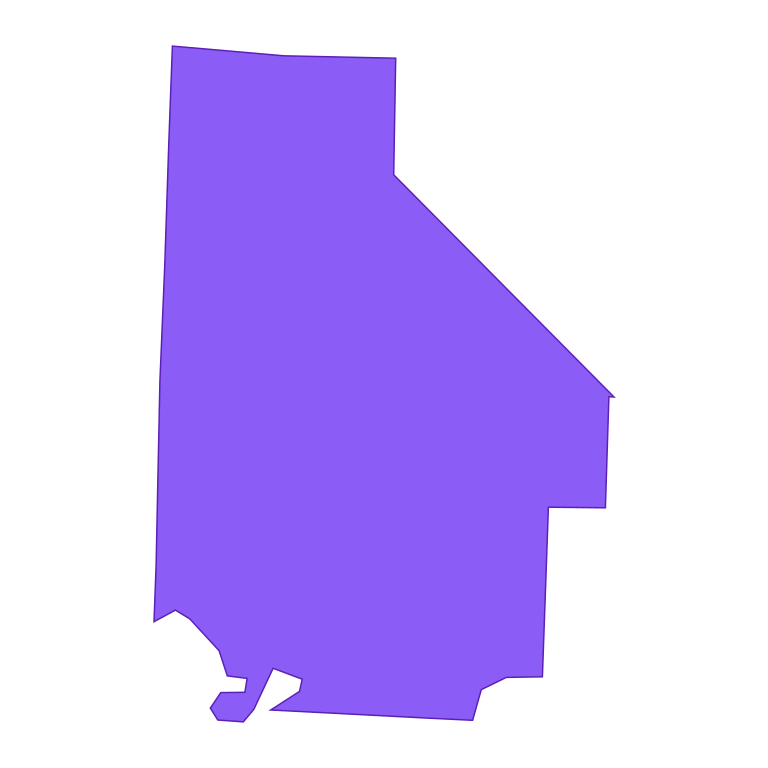 the district of Morgan, Missouri, United States of America
{"feature_id": "52423323B53823188034237", "entity_name": "Morgan", "entity_type": "district", "adm_level": 2, "iso_a3": "USA", "parent_name": "United States of America", "parent_adm1": "Missouri", "projection": "equal_earth", "projection_center": [-92.922, 38.441], "detail": "fine", "context": "isolated", "style": "filled", "palette": "violet", "viewbox_px": 768, "rotation_deg": 0, "n_neighbors": 0, "source": "geoboundaries", "source_scale": "gbopen_adm2", "svg_char_len": 537}
<svg xmlns="http://www.w3.org/2000/svg" viewBox="0 0 768 768"><path d="M164.8,264.2L159.9,381.6L156.1,565.8L154.0,621.7L175.4,610.1L189.8,618.9L219.1,650.7L227.3,675.9L247.1,678.4L244.9,692.3L220.8,692.6L210.3,708.1L217.8,720.0L243.3,721.9L253.8,709.4L273.1,668.3L302.2,679.2L299.5,691.4L270.7,710.0L429.4,718.2L472.6,720.3L481.3,689.6L506.3,677.4L542.4,676.8L548.4,507.2L605.4,507.8L608.9,396.7L614.0,397.0L393.7,174.8L395.7,58.2L283.5,55.8L172.4,46.1L168.8,142.7L164.8,264.2Z" fill="#8b5cf6" stroke="#5b21b6" stroke-width="1.5"/></svg>